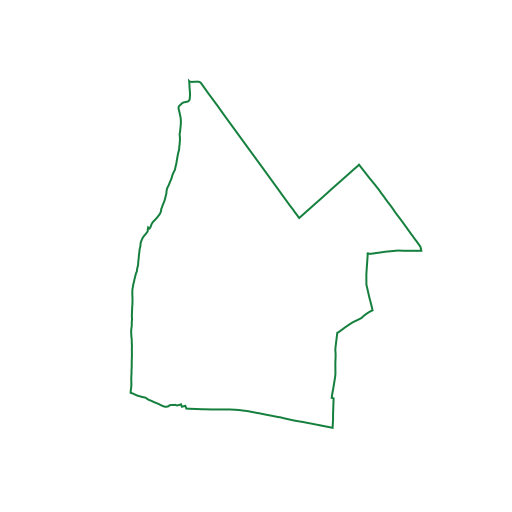 Vartop, Dolj, Romania (Natural Earth projection), rotated 253°
{"feature_id": "2599482B4098580936602", "entity_name": "Vartop", "entity_type": "district", "adm_level": 2, "iso_a3": "ROU", "parent_name": "Romania", "parent_adm1": "Dolj", "projection": "natural_earth1", "projection_center": [23.359, 44.205], "detail": "fine", "context": "isolated", "style": "outline", "palette": "green", "viewbox_px": 512, "rotation_deg": 253, "n_neighbors": 0, "source": "geoboundaries", "source_scale": "gbopen_adm2", "svg_char_len": 6126}
<svg xmlns="http://www.w3.org/2000/svg" viewBox="0 0 512 512"><g transform="rotate(253 256 256)"><path d="M313.2,381.2L312.6,380.1L311.3,377.3L310.2,374.7L307.2,368.3L297.7,347.4L295.3,342.4L291.8,334.8L288.0,326.5L283.8,317.3L281.9,313.2L279.7,308.4L283.2,307.2L287.2,305.7L289.3,305.1L292.7,303.8L295.1,302.9L337.2,288.5L360.5,280.4L401.0,266.4L410.1,263.4L425.9,257.8L437.6,253.9L438.1,253.6L438.9,252.8L439.3,252.3L439.7,251.3L440.0,250.4L440.7,247.6L441.5,244.8L441.8,244.2L442.1,243.5L442.7,243.2L440.4,242.7L436.5,241.7L430.2,240.3L428.8,239.8L426.3,238.8L425.0,238.3L424.2,237.2L423.7,236.5L423.7,235.6L423.8,234.5L424.0,231.9L423.9,230.5L423.5,229.6L422.4,227.4L421.8,226.2L421.1,225.6L420.3,225.2L419.1,225.0L415.3,224.8L410.9,224.4L409.5,224.2L406.9,223.6L405.3,223.1L402.0,221.8L397.7,220.0L396.7,219.5L395.4,218.9L394.5,218.4L393.6,218.3L392.8,218.2L389.2,217.2L387.4,216.5L384.1,215.2L382.9,214.5L381.5,214.1L379.6,213.2L376.6,211.3L370.9,208.4L369.7,207.8L367.6,206.8L365.0,205.2L362.2,203.7L361.2,202.7L358.2,200.0L354.8,197.8L352.2,195.6L350.7,194.4L349.1,193.1L348.0,192.0L346.9,191.0L345.6,190.1L343.9,189.3L342.1,188.6L340.1,187.4L337.7,186.0L335.7,184.7L333.9,183.3L332.0,181.7L330.3,180.5L328.7,179.2L328.4,179.0L326.9,178.4L325.2,177.2L323.9,175.8L322.7,174.1L321.7,172.7L321.2,171.9L320.9,171.3L320.4,170.6L320.0,169.8L319.5,168.9L319.0,167.9L318.6,167.3L318.2,166.8L317.3,165.8L316.8,165.3L316.4,165.0L315.9,164.6L315.3,164.2L314.5,163.5L314.2,163.2L314.0,162.9L313.4,162.2L313.9,161.8L314.8,161.2L314.2,160.9L313.9,160.7L313.6,160.5L313.3,160.4L312.4,160.1L311.8,159.9L311.5,159.7L311.2,159.5L310.6,158.8L309.9,157.8L309.6,157.4L309.2,156.9L308.4,155.5L308.0,154.9L307.7,154.5L307.4,154.1L306.4,152.8L305.9,152.4L305.3,151.9L305.0,151.6L304.7,151.4L303.8,150.6L303.5,150.4L303.2,150.1L302.3,149.6L301.8,149.3L301.2,149.1L300.1,148.7L299.1,148.2L298.1,147.7L297.4,147.2L297.0,147.0L296.5,146.7L296.2,146.6L294.8,146.0L293.4,145.4L292.0,144.7L289.8,143.8L288.5,143.3L287.8,143.0L286.5,142.4L285.8,142.1L285.1,141.8L283.8,141.3L283.1,141.1L282.4,140.8L282.1,140.7L281.3,140.3L279.7,139.3L278.5,138.6L277.8,138.3L277.2,138.0L276.5,137.8L276.1,137.5L275.7,137.2L275.2,136.8L274.7,136.3L274.1,135.9L273.4,135.5L272.8,135.1L272.1,134.7L270.8,133.9L269.5,133.1L268.9,132.8L268.3,132.5L267.7,132.1L267.1,131.8L266.0,131.1L264.8,130.4L264.2,130.1L263.7,129.8L262.1,129.1L261.6,128.8L261.1,128.5L259.5,127.8L258.3,127.4L257.1,127.0L255.3,126.5L254.1,126.1L253.4,126.0L251.0,125.3L250.3,125.1L249.0,124.7L246.9,124.0L246.2,123.8L244.2,123.0L243.5,122.7L242.9,122.5L242.2,122.3L241.6,122.1L240.9,121.8L238.5,121.0L237.3,120.5L236.5,120.3L236.0,120.1L234.8,119.7L234.2,119.5L232.9,119.3L232.3,119.1L232.1,119.1L231.1,118.7L230.4,118.4L229.8,118.1L229.5,118.0L229.1,117.9L228.7,117.8L228.0,117.5L226.5,117.1L225.6,116.8L222.9,115.5L222.2,115.2L221.6,115.0L220.8,114.7L220.2,114.5L219.4,114.3L218.7,114.1L217.1,113.7L216.3,113.5L215.6,113.3L214.1,113.0L213.4,112.9L212.6,112.8L211.9,112.6L210.3,112.1L208.3,111.6L207.3,111.3L206.3,111.1L203.4,110.1L201.4,109.5L197.6,108.4L195.8,107.8L194.9,107.5L194.0,107.2L193.2,106.9L190.8,106.1L190.1,105.9L188.1,105.3L186.1,104.6L185.8,104.6L185.3,104.4L184.1,103.9L183.7,103.8L182.7,103.4L182.1,103.2L181.2,103.0L179.6,102.4L178.1,101.9L177.6,101.7L176.5,101.3L175.8,101.0L175.0,100.8L172.6,100.1L171.4,99.8L170.1,99.4L169.8,99.3L169.4,99.2L168.7,99.0L168.0,98.7L167.3,98.4L166.8,98.2L165.1,97.4L163.7,96.8L163.0,96.5L162.5,96.3L161.8,96.1L160.6,97.9L159.5,99.1L158.6,100.1L157.9,100.9L157.6,101.1L157.4,101.4L157.3,101.7L156.3,103.0L155.9,103.8L155.0,105.1L154.6,105.7L154.3,106.3L153.9,107.0L153.7,107.3L152.7,109.1L150.9,110.3L150.2,111.1L149.3,111.9L148.2,113.5L146.2,115.6L143.4,119.1L139.9,122.8L138.7,124.5L138.2,125.4L138.1,126.1L137.9,127.3L137.9,127.7L137.9,128.3L138.1,128.5L138.1,128.8L138.2,129.1L138.3,129.3L138.4,129.5L138.5,129.9L138.5,130.0L138.4,130.6L138.4,131.1L138.2,131.6L138.1,132.0L137.9,132.8L137.5,134.0L137.3,135.1L137.2,135.4L136.9,135.6L136.6,136.2L136.4,136.4L136.3,136.6L136.2,136.8L136.1,137.5L136.1,137.8L136.0,138.4L136.0,139.1L136.0,139.9L136.1,140.9L133.5,141.1L133.4,144.6L130.4,144.8L125.4,159.1L122.4,168.2L118.9,179.6L116.9,186.0L114.7,192.1L113.3,195.6L112.0,198.3L111.0,200.7L110.2,202.4L109.1,204.6L107.9,206.8L106.3,209.8L105.7,210.9L104.9,212.6L104.6,213.2L104.1,214.1L101.6,218.7L98.2,225.1L95.5,230.1L94.8,231.8L92.6,235.4L87.7,244.0L85.0,249.3L84.1,251.3L69.3,279.0L76.9,281.8L83.3,283.8L87.0,285.1L97.2,288.6L98.2,286.9L101.5,288.4L107.4,291.5L117.6,296.5L120.7,297.7L123.8,298.6L130.5,300.6L136.8,302.8L139.4,303.6L142.2,304.2L143.3,304.5L146.7,305.9L148.5,306.7L151.9,308.2L158.8,311.3L158.8,311.6L158.9,312.1L159.1,312.9L160.6,317.3L161.6,320.0L163.4,325.8L163.7,326.9L164.2,328.6L164.6,330.7L164.8,332.3L164.9,333.1L165.2,335.0L165.5,336.8L165.9,338.9L166.8,340.5L167.9,343.2L168.9,346.3L169.5,348.5L170.0,351.6L176.1,352.0L183.9,352.3L188.9,352.7L196.3,353.2L202.7,355.1L206.6,356.3L213.9,359.1L223.8,362.9L225.3,363.3L225.7,363.4L225.8,363.6L225.9,363.8L225.6,364.1L225.2,364.5L225.0,364.8L224.7,365.9L224.4,367.2L224.3,368.0L224.1,368.9L224.0,369.7L223.9,370.6L223.6,372.4L223.3,374.2L223.1,375.1L223.0,376.0L222.9,376.9L222.0,382.4L221.6,384.1L221.3,385.7L220.9,387.5L219.8,393.0L219.2,394.8L218.6,396.6L217.3,400.3L216.1,404.3L215.5,406.3L214.3,410.3L213.6,412.4L213.0,414.4L212.7,415.6L213.1,415.6L214.4,415.8L214.6,415.8L214.8,415.8L216.5,415.9L216.8,415.9L217.1,415.9L217.5,415.7L220.2,414.8L222.0,414.2L223.8,413.6L224.7,413.2L227.6,412.2L229.6,411.6L231.5,410.8L233.5,410.2L236.6,409.1L239.7,408.1L240.7,407.7L241.8,407.4L242.8,407.0L243.8,406.7L244.8,406.3L245.8,406.0L250.0,404.5L257.0,401.9L257.4,401.8L258.6,401.4L259.2,401.3L260.4,400.9L261.6,400.5L263.5,399.9L265.4,399.2L266.6,398.7L267.2,398.5L267.8,398.3L269.0,397.8L269.6,397.6L270.8,397.2L271.4,397.0L272.7,396.5L273.4,396.3L274.7,395.9L276.0,395.4L276.7,395.2L279.3,394.2L280.6,393.8L283.4,392.9L285.4,392.1L286.2,391.8L287.7,391.2L288.4,391.0L292.9,389.1L295.2,388.2L296.5,387.6L313.2,381.2Z" fill="none" stroke="#15803d" stroke-width="2"/></g></svg>